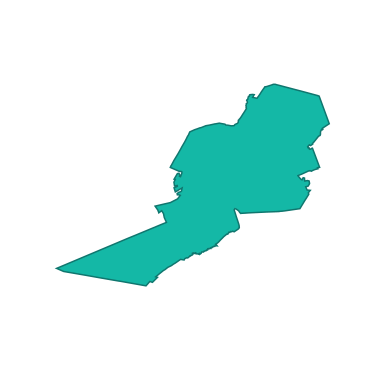 Medņevas pag., Vilakas, Latvia (Robinson projection), rotated 337°
{"feature_id": "27541924B53598667549693", "entity_name": "Medņevas pag.", "entity_type": "district", "adm_level": 2, "iso_a3": "LVA", "parent_name": "Latvia", "parent_adm1": "Vilakas", "projection": "robinson", "projection_center": [27.629, 57.125], "detail": "fine", "context": "isolated", "style": "filled", "palette": "teal", "viewbox_px": 384, "rotation_deg": 337, "n_neighbors": 0, "source": "geoboundaries", "source_scale": "gbopen_adm2", "svg_char_len": 5600}
<svg xmlns="http://www.w3.org/2000/svg" viewBox="0 0 384 384"><g transform="rotate(337 192 192)"><path d="M281.3,126.1L280.0,127.7L279.8,128.3L279.4,128.4L278.6,128.6L278.2,128.9L278.1,129.0L278.1,129.3L278.3,129.6L278.3,129.9L278.0,131.1L277.9,131.4L277.3,131.8L276.8,131.9L276.6,132.1L276.3,132.1L276.1,132.8L275.9,133.1L275.7,133.3L275.3,133.7L275.3,134.6L275.3,134.9L275.1,135.2L274.7,135.5L274.7,135.8L274.7,136.5L273.8,137.1L269.9,139.8L269.2,140.2L267.3,141.6L264.6,143.3L264.3,143.3L264.0,143.5L263.7,143.6L263.1,144.1L262.7,144.1L262.1,145.2L261.9,145.9L260.6,146.6L258.1,146.6L257.2,147.0L257.0,147.3L256.4,147.3L255.3,146.9L254.1,146.5L251.1,144.5L249.3,143.6L248.9,142.5L244.5,139.6L244.1,139.3L239.6,138.3L239.5,138.2L238.9,138.1L234.0,137.2L230.7,136.4L225.7,136.3L224.1,136.0L221.5,135.9L218.7,135.7L213.5,135.8L212.8,136.4L210.8,138.3L209.6,139.0L209.2,139.4L207.6,140.8L204.8,143.1L199.7,146.9L198.9,147.6L194.1,151.3L188.4,155.4L187.3,156.2L186.0,157.3L183.0,159.7L182.8,159.7L181.6,160.9L187.1,166.7L187.2,166.8L188.0,167.7L190.5,169.2L190.2,170.5L187.4,173.4L186.6,172.7L187.4,171.8L187.3,169.6L186.3,169.5L185.8,169.3L180.5,173.2L181.5,173.9L179.2,175.9L178.3,179.5L181.0,180.3L180.7,181.1L177.1,181.1L177.0,182.3L176.8,184.1L176.7,185.4L179.4,185.1L180.4,184.9L184.5,184.4L182.7,187.0L181.7,187.3L179.4,187.1L179.3,187.3L177.7,187.6L177.4,188.9L178.6,189.4L179.0,189.6L179.9,190.5L176.0,192.7L167.9,193.3L160.1,191.9L152.5,190.6L153.5,195.4L153.4,196.4L153.4,197.3L153.3,198.2L156.8,197.4L157.3,200.8L156.5,204.7L156.6,210.0L151.3,209.9L151.2,209.9L123.3,209.7L116.1,209.6L37.5,209.4L42.8,215.0L61.9,227.3L73.1,234.6L79.3,238.6L89.7,245.3L90.9,246.0L113.0,260.4L118.2,257.9L120.3,259.7L126.8,257.1L126.2,256.7L125.4,255.9L126.8,255.5L130.1,254.5L135.0,253.1L136.8,252.9L140.4,251.9L144.4,251.7L146.9,251.1L148.2,251.0L152.2,250.2L152.9,250.0L155.2,249.6L157.2,250.9L158.2,251.5L159.2,250.6L159.4,250.5L160.5,250.6L160.8,250.5L161.0,250.4L161.5,250.4L162.2,251.0L162.5,251.0L163.5,250.7L164.1,250.5L164.4,250.4L164.8,250.4L164.9,250.1L165.1,250.0L165.3,249.9L165.6,250.0L165.9,250.0L166.0,250.2L166.3,250.1L167.0,250.1L167.6,250.1L168.0,250.0L168.5,249.7L168.6,249.4L168.3,249.2L168.2,249.0L168.3,248.8L168.4,248.6L168.7,248.7L169.0,248.9L169.1,248.6L169.3,248.5L169.7,248.7L169.9,248.9L169.9,249.1L170.0,249.4L170.1,249.5L170.3,249.5L171.4,249.3L171.6,249.3L171.7,249.5L171.8,249.8L171.8,250.0L171.6,250.2L171.4,250.3L171.5,250.4L171.8,250.6L172.8,251.0L173.0,251.2L173.2,251.3L173.4,251.4L173.6,251.6L173.7,251.8L173.8,251.8L174.3,251.5L174.6,251.4L174.6,251.9L174.6,252.2L174.8,252.1L175.0,252.3L175.4,252.3L175.7,252.2L176.0,252.1L176.5,252.0L176.6,251.8L176.8,251.5L177.4,251.1L177.7,251.0L177.9,251.1L178.1,251.3L178.5,251.5L178.9,251.7L179.3,251.7L179.6,251.4L179.8,251.2L180.0,251.2L180.4,251.4L181.0,251.3L181.4,251.4L181.6,251.5L182.1,251.6L182.3,251.5L182.4,251.4L182.6,251.4L182.4,251.2L182.7,251.1L182.8,251.1L183.1,251.1L183.3,251.0L183.6,251.0L184.1,251.2L184.3,251.0L184.3,250.9L184.6,250.8L184.4,250.7L184.2,250.5L184.3,250.4L184.5,250.4L184.9,250.4L185.0,250.5L185.2,250.8L185.5,251.0L186.0,251.1L186.5,251.1L186.8,250.9L186.7,250.8L186.8,250.7L187.2,250.6L187.3,250.7L187.4,250.8L187.5,251.1L187.7,250.9L187.8,250.9L188.4,251.1L188.7,251.0L188.7,250.9L188.7,250.7L188.9,250.6L189.3,250.5L189.5,250.6L189.6,250.8L189.9,250.8L190.0,250.8L190.2,250.7L191.0,250.6L191.2,250.4L191.4,250.4L191.5,250.5L191.4,250.7L191.4,250.8L191.5,250.9L191.7,251.0L192.1,250.8L192.6,250.8L192.8,250.8L193.6,251.1L193.8,251.1L194.1,251.3L194.0,250.8L193.3,249.3L195.6,248.9L197.0,248.4L199.4,247.3L201.7,246.4L203.8,245.5L207.9,244.3L208.4,244.8L210.4,243.4L211.0,244.0L212.2,243.5L212.9,244.1L214.2,244.0L215.2,245.1L220.0,244.2L220.8,243.9L220.8,243.6L221.6,243.3L222.3,241.2L222.5,239.8L222.8,236.4L223.0,233.9L223.1,232.4L223.5,228.5L223.8,224.9L225.0,224.1L225.7,224.7L226.2,225.3L227.4,227.2L227.6,227.7L227.8,228.5L227.9,229.5L228.5,230.8L228.8,230.8L232.7,232.2L235.9,233.3L251.9,239.2L264.0,243.8L264.0,243.7L267.9,245.0L270.0,245.6L284.8,249.5L292.7,243.8L295.4,242.0L295.9,241.6L298.6,239.7L298.7,239.2L298.7,238.2L301.5,236.7L298.7,235.1L298.7,231.6L301.1,232.0L303.2,230.5L303.6,230.0L304.1,227.6L302.9,226.7L302.6,226.5L300.1,226.0L300.0,225.9L300.2,225.4L300.2,225.5L301.0,223.1L299.9,222.3L298.1,223.8L297.5,223.3L297.0,222.0L296.8,221.7L296.5,220.5L295.9,218.6L295.9,218.3L299.5,218.4L300.9,218.4L303.8,218.3L307.2,218.2L308.3,218.2L308.7,218.7L309.3,218.7L310.0,219.5L312.3,219.3L314.3,219.4L315.7,219.6L317.0,219.8L317.0,218.7L319.1,219.2L320.0,198.8L320.0,198.7L319.6,198.6L319.5,198.8L319.4,198.8L319.0,198.7L318.3,198.8L317.8,198.9L317.4,198.8L317.4,198.6L316.9,198.3L316.7,198.0L316.7,197.9L316.8,197.9L317.1,197.9L317.1,197.6L316.9,197.5L317.0,197.2L316.4,196.8L316.5,196.6L316.4,196.5L316.2,196.4L316.5,196.1L316.6,195.7L316.3,195.5L316.2,195.5L316.2,195.4L317.7,194.8L318.4,194.4L318.5,194.4L319.1,195.5L319.3,195.6L319.9,195.5L321.8,195.1L321.8,194.5L323.6,193.7L330.3,190.1L331.7,190.0L332.0,190.0L332.7,189.2L332.8,189.1L333.8,186.8L335.5,185.2L336.1,185.7L336.9,185.5L337.0,185.4L336.8,184.3L345.0,182.8L345.3,177.3L346.5,153.4L344.2,151.5L344.3,151.5L343.4,150.8L331.9,141.8L327.6,138.5L313.4,127.5L311.9,126.4L310.9,125.5L309.9,125.0L308.8,124.6L308.2,124.6L307.3,124.6L302.0,124.1L301.0,123.9L300.3,123.6L298.4,124.8L297.7,125.2L294.7,127.1L293.9,127.7L291.0,129.6L288.4,131.1L284.8,128.6L287.3,126.7L286.0,125.9L283.8,125.2L283.0,125.1L282.1,126.3L281.7,126.3L281.8,126.2L281.3,126.1Z" fill="#14b8a6" stroke="#0f766e" stroke-width="1.5"/></g></svg>